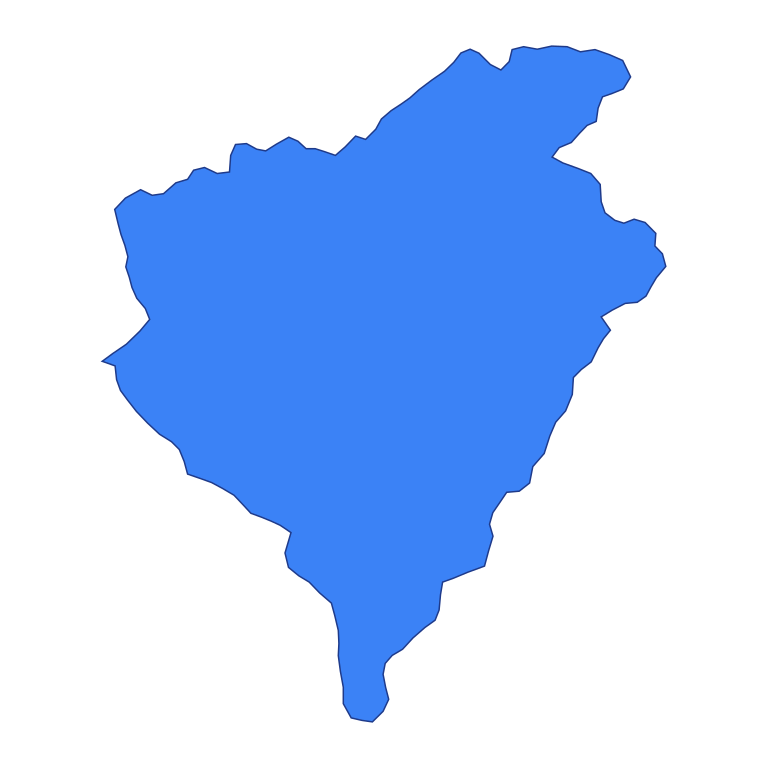 Pequi, Minas Gerais, Brazil (Robinson projection)
{"feature_id": "56859067B22128930529497", "entity_name": "Pequi", "entity_type": "district", "adm_level": 2, "iso_a3": "BRA", "parent_name": "Brazil", "parent_adm1": "Minas Gerais", "projection": "robinson", "projection_center": [-44.633, -19.619], "detail": "fine", "context": "isolated", "style": "filled", "palette": "blue", "viewbox_px": 768, "rotation_deg": 0, "n_neighbors": 0, "source": "geoboundaries", "source_scale": "gbopen_adm2", "svg_char_len": 2147}
<svg xmlns="http://www.w3.org/2000/svg" viewBox="0 0 768 768"><path d="M630.6,76.9L622.7,60.5L609.5,54.7L595.0,49.6L580.4,51.8L567.1,46.7L551.7,46.1L537.3,49.2L523.6,46.7L512.1,49.6L509.2,61.6L500.9,70.0L490.3,64.5L479.0,53.2L470.1,49.2L460.9,53.0L453.8,62.3L444.5,71.3L432.2,79.8L419.3,89.5L409.9,97.9L401.0,104.2L391.2,110.6L381.4,119.0L375.8,129.2L365.6,139.4L355.6,136.1L345.2,146.9L335.4,155.4L324.4,151.6L315.2,148.7L306.1,148.7L297.9,141.2L288.8,137.2L276.5,144.1L265.7,150.9L256.7,149.2L246.5,143.6L235.5,144.5L230.7,155.4L229.5,172.0L217.2,173.5L204.5,167.5L193.6,170.2L187.6,179.3L175.9,182.8L163.5,193.7L152.2,195.3L140.6,189.7L125.4,198.1L114.7,209.4L118.1,223.6L121.0,234.5L124.9,245.4L127.9,256.7L125.8,266.9L129.3,277.3L132.0,287.5L136.8,298.3L145.3,308.5L149.7,319.4L139.9,331.1L126.4,344.2L112.8,353.5L102.2,361.3L115.1,365.9L116.6,379.7L120.5,390.5L127.6,400.1L136.4,411.4L147.8,423.3L159.5,434.2L171.5,441.7L179.3,449.5L184.2,461.5L187.6,474.1L199.2,478.1L211.5,482.5L222.3,488.3L234.0,495.2L243.0,504.7L250.9,513.3L261.3,517.1L271.1,521.1L280.2,525.3L291.0,532.6L285.0,553.0L288.5,567.4L298.8,575.8L309.2,582.1L319.6,592.9L331.4,603.1L334.8,615.7L338.3,630.4L338.9,643.5L338.3,655.6L340.4,671.4L343.3,687.3L343.3,703.7L351.2,717.9L362.0,720.4L372.4,721.9L383.1,711.3L388.7,699.3L385.6,687.3L383.1,674.3L385.2,663.4L392.2,655.4L402.6,649.2L413.0,637.9L424.9,627.5L435.1,620.2L439.1,610.0L440.5,594.7L442.6,582.1L453.7,578.1L467.6,572.3L484.5,566.1L488.6,550.8L493.0,536.2L489.5,524.2L492.8,512.7L499.4,503.1L506.7,492.3L519.2,491.2L529.6,483.0L532.8,466.6L544.2,453.5L549.8,436.0L555.7,422.2L565.6,410.9L572.3,394.5L573.4,377.5L581.3,369.5L591.2,361.9L598.1,347.8L603.5,338.7L610.4,330.2L601.2,316.9L611.9,310.3L625.2,303.4L637.2,302.3L646.0,296.1L651.0,286.8L656.4,277.7L665.8,266.4L662.4,253.8L654.9,246.0L655.8,233.4L645.1,222.5L634.1,219.2L623.9,223.2L614.8,220.3L605.0,212.8L601.2,201.7L600.2,184.4L590.8,173.5L577.9,168.4L562.7,162.9L552.1,157.1L559.2,147.6L571.3,142.5L579.4,133.4L587.1,125.4L596.2,121.4L598.1,108.1L602.5,96.8L612.5,93.3L623.3,88.9L630.6,76.9Z" fill="#3b82f6" stroke="#1e3a8a" stroke-width="1.5"/></svg>